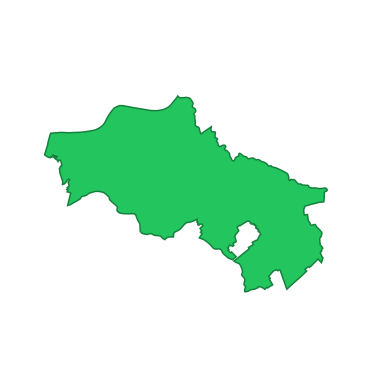 outline of Luong Tai, Bắc Ninh, Vietnam, rotated 225°
{"feature_id": "81297802B42689754920120", "entity_name": "Luong Tai", "entity_type": "district", "adm_level": 2, "iso_a3": "VNM", "parent_name": "Vietnam", "parent_adm1": "Bắc Ninh", "projection": "albers", "projection_center": [106.213, 21.025], "detail": "fine", "context": "isolated", "style": "filled", "palette": "green", "viewbox_px": 384, "rotation_deg": 225, "n_neighbors": 0, "source": "geoboundaries", "source_scale": "gbopen_adm2", "svg_char_len": 6064}
<svg xmlns="http://www.w3.org/2000/svg" viewBox="0 0 384 384"><g transform="rotate(225 192 192)"><path d="M270.0,249.8L269.5,247.9L268.5,237.4L268.8,235.3L269.3,233.4L270.1,231.1L271.8,228.1L273.9,225.2L275.4,223.6L279.4,220.0L293.4,210.0L301.8,204.3L304.0,202.2L305.3,199.8L306.3,196.7L306.1,192.6L305.3,188.1L304.1,183.5L302.7,179.6L302.3,176.9L302.4,174.3L302.9,171.6L303.8,168.7L304.5,167.1L305.8,165.0L311.1,157.8L313.7,154.7L321.4,146.4L326.6,141.7L333.5,133.7L332.8,132.1L329.1,125.6L327.5,123.4L322.5,114.0L319.4,114.6L317.6,115.3L316.4,116.1L316.6,117.0L315.6,117.5L316.6,118.9L316.3,119.3L316.2,120.2L315.4,120.3L315.4,119.5L314.3,119.4L314.2,118.8L313.6,118.9L313.6,120.0L314.2,120.0L314.1,121.0L313.4,121.4L312.2,121.7L312.2,118.8L310.2,119.2L309.5,119.1L308.3,118.8L308.8,120.0L308.7,120.3L308.3,120.8L307.9,120.7L307.4,121.3L307.0,121.3L304.2,119.8L303.0,119.0L303.3,118.3L302.6,117.7L302.6,117.3L303.0,116.6L302.4,116.0L302.4,114.9L298.4,111.8L290.9,108.0L290.4,107.6L288.9,105.7L288.6,105.9L288.7,106.7L288.1,107.1L288.0,108.0L288.0,109.6L288.4,110.7L288.5,112.1L288.3,114.0L286.8,114.0L286.6,111.3L283.2,109.6L283.3,106.8L282.1,106.9L282.3,105.3L281.2,105.4L280.7,105.1L280.4,103.8L278.7,104.9L277.1,105.6L270.4,94.5L269.2,96.7L266.4,107.1L266.2,108.1L266.6,109.8L266.7,110.9L264.7,114.1L264.2,115.7L263.9,118.3L261.3,123.2L260.6,124.2L258.6,126.3L255.7,128.3L254.0,129.1L252.2,129.5L249.4,129.7L246.7,129.7L245.8,128.8L244.7,128.3L241.6,128.3L237.8,128.7L234.8,128.8L233.8,128.4L232.3,126.1L231.1,125.7L229.3,125.7L228.4,126.0L226.1,127.4L221.7,131.4L217.8,135.5L216.4,136.0L215.8,136.1L210.6,133.7L207.6,133.0L206.4,132.5L205.2,131.7L201.1,127.8L199.9,127.4L198.2,127.5L196.4,128.3L193.6,130.4L192.5,132.4L191.8,133.3L190.9,133.9L188.1,134.7L186.8,135.7L185.5,136.9L183.4,138.4L182.2,138.6L179.7,138.5L177.5,139.1L177.6,140.5L177.3,142.4L176.3,144.2L173.3,147.2L175.5,149.4L175.8,150.6L175.8,151.4L175.5,152.3L174.6,154.8L174.1,157.9L174.2,160.5L174.5,162.5L174.3,165.7L174.1,166.6L172.4,168.8L171.1,171.2L169.1,176.4L167.0,174.2L166.7,174.5L165.9,174.3L165.8,174.1L165.5,173.4L164.2,173.0L163.6,173.7L163.6,174.9L162.3,176.3L160.6,176.1L160.6,172.0L157.6,171.3L157.6,169.5L155.4,169.6L154.4,164.7L150.3,166.5L148.5,167.0L144.9,167.5L142.2,167.6L137.3,167.4L136.1,167.6L134.9,168.4L132.5,171.0L131.0,171.7L129.9,171.7L127.6,170.7L125.0,170.5L123.5,170.7L120.0,170.9L115.4,172.7L115.1,177.5L121.7,177.5L121.8,176.3L123.2,176.2L125.2,176.4L125.1,177.4L127.1,177.7L127.0,178.6L127.6,179.3L127.7,181.0L126.8,181.2L126.0,182.1L124.9,182.3L124.5,183.7L126.6,184.7L125.6,188.1L130.8,191.3L131.5,197.7L135.2,198.9L135.2,201.5L134.3,201.8L132.5,209.8L132.2,210.4L130.9,211.8L129.1,211.8L129.0,211.5L128.5,211.6L128.5,211.3L127.7,211.2L127.4,211.8L126.7,211.8L126.5,212.5L126.1,212.5L125.9,213.2L124.9,213.3L124.7,212.7L124.3,212.7L124.0,213.5L123.7,213.4L122.4,213.3L122.4,212.6L121.7,212.5L121.6,211.9L121.3,211.6L120.9,211.9L120.7,211.8L120.2,212.3L119.1,211.8L118.7,212.4L117.2,211.6L117.3,211.0L117.1,210.9L116.7,210.9L116.5,211.6L113.2,210.6L113.1,210.2L113.6,209.9L113.2,208.1L111.9,204.5L112.6,202.9L113.8,199.0L111.5,198.2L112.4,194.8L112.8,192.7L111.4,192.3L113.5,172.8L111.3,173.3L107.9,174.7L106.0,174.4L102.2,172.9L101.0,172.2L99.5,170.8L98.3,168.4L94.5,168.1L93.2,167.7L92.4,167.2L90.3,163.7L89.4,163.1L87.7,163.1L87.1,162.9L86.8,162.2L85.5,160.0L85.0,159.4L84.3,158.9L83.8,159.1L82.2,161.3L81.8,163.3L81.6,163.9L78.9,167.8L77.6,171.1L78.1,171.5L77.3,172.9L74.1,174.3L71.6,174.7L71.7,177.6L70.6,177.7L70.4,179.2L69.3,183.4L75.7,185.1L75.6,186.3L78.1,186.6L78.2,189.5L78.6,190.9L78.4,191.9L78.7,193.2L77.4,196.7L75.7,196.9L75.0,199.0L73.7,198.7L56.2,190.3L55.8,200.2L55.2,208.2L55.0,217.2L57.4,217.1L57.2,219.9L57.0,220.8L56.5,221.7L55.7,221.7L55.5,222.9L55.4,223.9L55.5,233.7L50.5,233.5L52.9,238.1L53.7,238.1L55.4,238.6L58.6,239.9L58.5,242.0L59.6,242.6L59.8,244.8L61.1,245.1L64.0,245.3L66.7,247.5L68.8,249.4L69.2,251.5L69.6,252.6L70.2,253.6L71.3,255.0L71.9,255.2L74.5,255.5L79.7,255.5L81.7,256.2L82.8,255.2L83.8,253.1L84.4,252.8L85.3,252.7L87.1,253.7L89.0,253.9L89.9,254.2L94.4,257.8L96.3,255.2L98.1,256.3L100.5,258.6L100.9,259.2L102.0,262.0L98.9,267.7L94.6,274.8L91.8,278.3L95.0,282.0L97.9,285.0L98.2,285.4L98.2,286.2L97.5,287.9L97.5,288.4L97.6,288.8L98.1,289.2L98.7,289.4L99.5,289.5L100.2,289.3L100.9,288.8L102.0,287.2L103.9,285.0L105.3,283.7L107.9,282.0L109.1,280.5L111.0,279.0L113.0,278.2L114.3,278.8L115.1,278.5L115.9,277.4L117.3,276.5L118.5,275.3L120.9,274.5L121.9,273.4L122.7,272.9L123.8,272.8L127.2,273.1L128.4,273.0L129.5,271.9L130.8,271.1L131.0,270.7L131.0,269.3L131.3,268.9L132.0,269.1L134.6,271.2L136.2,272.1L137.8,272.4L140.0,271.9L147.7,269.3L150.6,268.0L152.7,266.6L153.3,266.4L154.5,266.5L156.1,264.6L156.5,264.5L158.7,264.8L159.9,264.7L162.2,264.0L164.3,262.8L167.5,262.1L167.9,261.9L169.5,260.1L170.0,259.8L172.5,259.4L172.9,259.2L173.7,258.3L175.5,255.6L176.1,255.1L178.4,255.3L181.1,253.7L184.5,253.5L185.4,253.2L185.8,252.9L185.9,252.4L184.9,250.9L184.6,250.1L185.3,248.2L185.4,247.0L185.1,246.0L184.5,244.7L184.5,244.2L184.5,243.7L184.7,243.3L185.6,242.9L186.8,242.9L188.9,243.8L190.7,244.2L192.5,245.6L193.1,245.8L196.5,245.9L197.4,245.7L198.7,244.9L198.9,244.9L199.4,245.4L200.1,247.8L200.4,248.1L201.1,248.4L202.1,248.2L203.1,247.2L203.5,246.2L204.1,244.0L204.8,243.6L206.4,243.6L208.5,244.9L210.3,245.2L210.7,245.4L211.1,246.3L211.4,247.4L211.6,247.7L211.9,247.8L212.4,247.6L213.6,246.8L214.3,247.0L215.5,248.0L216.8,249.9L217.7,250.7L218.4,250.7L218.9,250.4L219.4,249.4L220.2,248.8L221.3,248.8L222.9,249.6L224.5,251.8L226.7,239.6L228.1,239.9L229.4,240.5L231.9,242.2L232.9,242.3L233.9,242.1L235.0,241.5L235.7,241.4L236.9,241.6L237.7,241.9L238.1,242.4L238.4,243.4L241.1,245.2L243.9,247.9L245.4,248.0L245.9,248.4L246.1,248.9L246.2,250.8L246.4,251.4L247.3,252.5L247.9,252.8L248.9,253.0L251.3,252.4L252.0,252.5L252.6,253.1L253.3,254.5L253.9,255.4L254.8,255.9L258.6,256.7L260.2,256.6L262.0,255.6L263.0,254.8L265.6,251.7L267.5,250.0L268.0,249.8L270.0,249.8Z" fill="#22c55e" stroke="#15803d" stroke-width="1.5"/></g></svg>